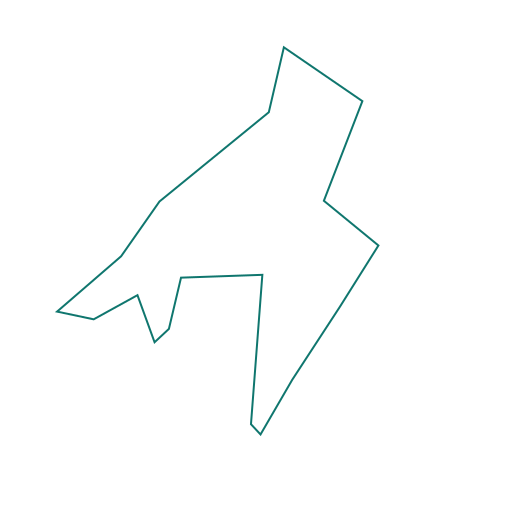 the state/province of Kowloon City, rotated 47°
{"feature_id": "HKG-5158", "entity_name": "Kowloon City", "entity_type": "state/province", "adm_level": 1, "iso_a3": "HKG", "parent_name": "Hong Kong S.A.R.", "parent_adm1": "", "projection": "albers", "projection_center": [114.191, 22.32], "detail": "fine", "context": "isolated", "style": "outline", "palette": "teal", "viewbox_px": 512, "rotation_deg": 47, "n_neighbors": 0, "source": "natural_earth", "source_scale": "10m", "svg_char_len": 403}
<svg xmlns="http://www.w3.org/2000/svg" viewBox="0 0 512 512"><g transform="rotate(47 256 256)"><path d="M371.2,313.8L389.6,374.4L375.6,374.4L274.1,264.2L220.7,325.6L249.9,369.4L249.9,389.0L203.8,369.4L191.6,417.9L161.0,439.4L164.2,354.8L150.3,289.4L154.0,233.3L159.6,148.6L122.4,93.3L215.3,72.6L261.9,168.7L331.8,159.3L350.3,229.1L371.2,313.8Z" fill="none" stroke="#0f766e" stroke-width="2"/></g></svg>